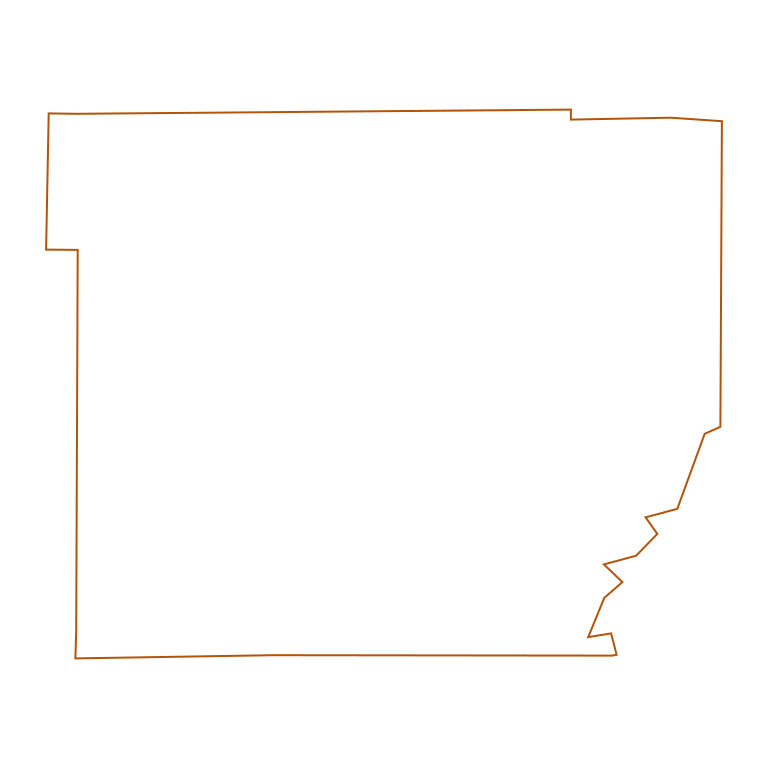 the district of Wyoming, New York, United States of America
{"feature_id": "52423323B94169185911577", "entity_name": "Wyoming", "entity_type": "district", "adm_level": 2, "iso_a3": "USA", "parent_name": "United States of America", "parent_adm1": "New York", "projection": "robinson", "projection_center": [-78.142, 42.695], "detail": "fine", "context": "isolated", "style": "outline", "palette": "amber", "viewbox_px": 768, "rotation_deg": 0, "n_neighbors": 0, "source": "geoboundaries", "source_scale": "gbopen_adm2", "svg_char_len": 421}
<svg xmlns="http://www.w3.org/2000/svg" viewBox="0 0 768 768"><path d="M616.6,654.8L611.1,633.4L588.2,637.1L604.3,597.8L622.4,582.1L603.9,564.4L636.1,555.7L657.3,533.9L645.6,517.3L677.3,508.8L704.7,433.8L720.4,426.8L721.9,121.2L670.7,117.7L570.9,119.6L570.9,109.6L76.4,113.8L48.7,113.4L46.1,249.6L77.7,249.9L76.2,631.6L75.4,658.4L273.1,655.2L611.9,655.6L616.6,654.8Z" fill="none" stroke="#b45309" stroke-width="2"/></svg>